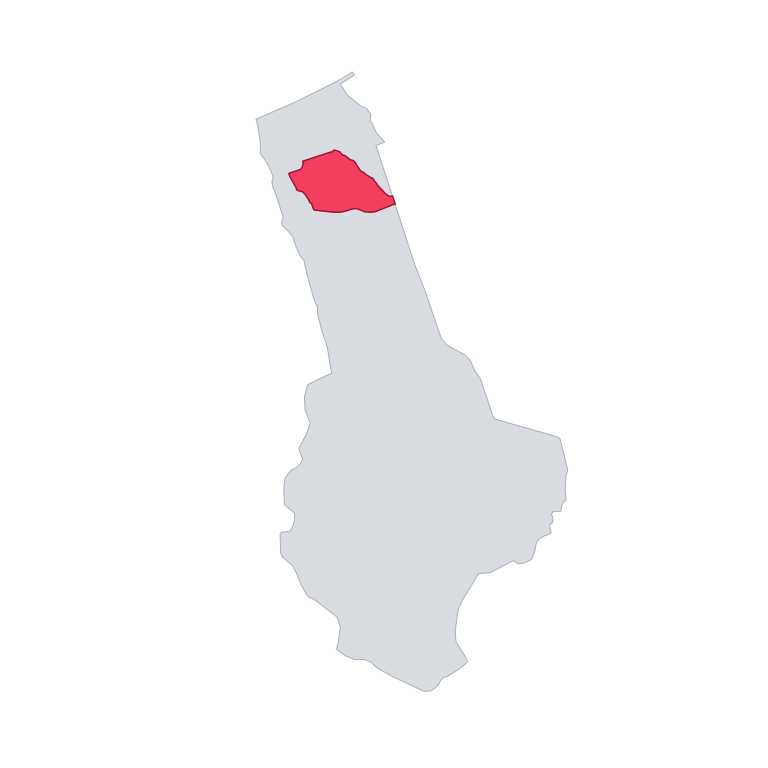 location of Zou within Benin, rotated 162°
{"feature_id": "BEN-2178", "entity_name": "Zou", "entity_type": "Department", "adm_level": 1, "iso_a3": "BEN", "parent_name": "Benin", "parent_adm1": "", "projection": "mercator", "projection_center": [2.113, 7.272], "detail": "fine", "context": "in_parent", "style": "filled", "palette": "rose", "viewbox_px": 768, "rotation_deg": 162, "n_neighbors": 0, "source": "natural_earth", "source_scale": "10m", "svg_char_len": 2911}
<svg xmlns="http://www.w3.org/2000/svg" viewBox="0 0 768 768"><g transform="rotate(162 384 384)"><path d="M317.7,690.4L316.6,687.1L332.9,682.7L329.5,669.8L319.3,654.4L315.4,651.6L313.3,644.0L315.8,639.0L314.6,635.6L313.7,625.3L308.7,613.9L317.9,613.4L317.9,576.7L317.9,541.4L317.9,511.3L317.9,487.4L316.1,458.9L315.9,437.9L315.5,410.2L312.2,401.5L298.3,386.9L294.5,379.3L293.8,369.2L290.7,358.8L290.5,340.6L290.3,319.5L289.0,316.1L274.0,306.0L252.6,291.7L236.3,280.8L235.1,280.0L233.5,277.3L235.9,245.0L239.2,240.8L244.4,227.5L246.9,216.8L249.3,216.8L252.6,213.3L255.2,208.2L258.0,209.3L262.8,210.3L265.0,208.5L264.7,204.5L266.2,200.5L270.0,198.7L270.9,195.1L271.0,190.9L274.2,189.9L279.7,190.0L284.2,188.7L287.8,186.6L292.4,178.2L295.1,175.3L295.9,173.3L298.5,171.4L305.8,170.6L311.7,171.2L315.5,176.1L340.7,171.8L352.8,174.3L377.3,153.2L382.9,147.0L390.3,132.1L392.8,126.4L395.2,116.1L390.3,97.2L390.6,93.8L400.7,89.7L413.4,86.6L418.3,86.3L421.5,84.7L426.1,80.6L433.6,77.6L438.0,78.6L440.8,79.2L467.4,104.2L478.9,116.9L482.0,123.4L488.0,128.1L496.8,130.9L504.8,137.4L511.1,146.5L507.0,152.9L500.8,166.2L500.5,176.6L515.3,198.4L517.0,200.7L520.9,204.1L522.9,208.2L524.7,218.9L525.7,231.0L526.9,239.2L534.0,250.7L534.5,255.3L529.5,272.4L528.4,274.2L527.1,274.7L519.4,273.2L516.1,275.1L511.9,280.9L509.4,286.7L509.2,289.1L516.0,299.8L511.7,315.3L507.3,325.0L499.4,330.5L492.4,331.8L487.5,334.4L484.6,337.8L485.0,348.9L474.6,359.0L468.9,366.0L466.1,370.3L467.2,383.3L463.5,396.5L457.1,406.8L442.7,409.1L430.6,410.3L426.5,436.7L426.7,453.4L425.6,470.5L423.6,477.5L424.4,487.2L423.5,509.3L421.9,526.8L424.1,531.4L425.3,541.7L425.2,552.2L428.3,559.6L431.7,566.0L431.5,569.3L429.8,571.4L428.3,574.1L428.3,599.0L428.9,606.4L428.0,611.2L425.4,615.1L426.4,627.7L428.5,635.7L430.6,641.6L428.6,646.5L426.8,653.0L424.1,669.6L423.9,675.4L382.8,679.4L336.9,686.1L317.7,690.4Z" fill="#d9dde1" stroke="#a8b0b8" stroke-width="1"/><path d="M317.8,560.1L317.7,551.6L319.7,551.8L339.5,550.6L343.9,551.6L349.2,553.8L352.9,557.1L356.6,559.6L361.2,560.4L366.4,560.3L372.1,560.8L379.0,563.0L396.6,571.0L397.1,572.9L397.1,577.3L397.5,578.2L398.0,578.9L398.5,579.9L398.5,581.4L398.8,582.6L400.3,588.4L401.8,591.7L406.5,594.9L407.0,595.5L407.1,596.1L406.9,597.7L409.1,608.7L409.6,613.1L409.5,613.3L409.3,613.6L408.8,613.8L408.3,613.9L407.5,613.9L405.7,613.8L399.6,613.8L396.8,614.0L395.3,614.9L393.7,617.1L392.6,619.0L392.4,621.0L362.9,621.1L362.2,620.5L360.6,621.4L359.6,621.8L359.0,621.8L358.1,621.4L354.8,618.9L354.2,618.4L354.0,618.0L353.6,616.2L352.2,614.2L350.6,613.4L349.0,611.1L347.0,608.0L345.4,606.8L344.9,606.5L344.2,606.0L343.0,604.0L342.1,599.7L340.8,595.1L339.3,592.4L338.0,591.6L337.7,591.0L337.2,589.9L333.4,585.0L331.9,583.9L331.1,582.9L330.7,582.2L330.6,580.3L330.4,579.6L329.8,578.8L329.5,578.0L328.9,575.5L323.8,564.5L323.0,563.3L320.9,560.8L317.8,560.1Z" fill="#f43f5e" stroke="#9f1239" stroke-width="1.5"/></g></svg>